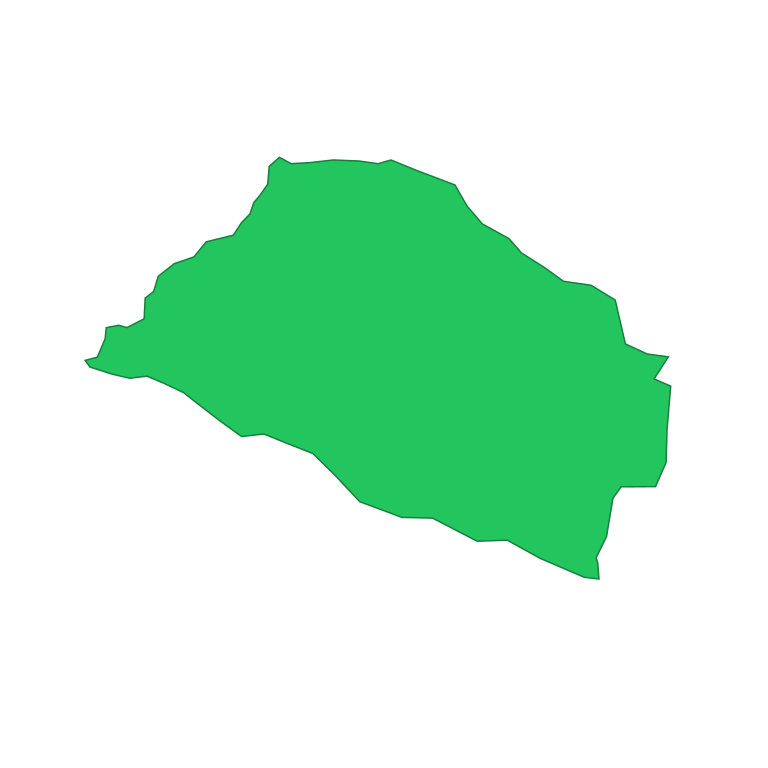 Ayia Marina Kelokedharon, Paphos, Cyprus (Mercator projection), rotated 74°
{"feature_id": "46923920B72864287320521", "entity_name": "Ayia Marina Kelokedharon", "entity_type": "district", "adm_level": 2, "iso_a3": "CYP", "parent_name": "Cyprus", "parent_adm1": "Paphos", "projection": "mercator", "projection_center": [32.613, 34.821], "detail": "fine", "context": "isolated", "style": "filled", "palette": "green", "viewbox_px": 768, "rotation_deg": 74, "n_neighbors": 0, "source": "geoboundaries", "source_scale": "gbopen_adm2", "svg_char_len": 1058}
<svg xmlns="http://www.w3.org/2000/svg" viewBox="0 0 768 768"><g transform="rotate(74 384 384)"><path d="M278.9,664.8L286.7,661.9L299.5,642.8L308.4,626.8L311.1,609.7L320.1,598.6L322.7,595.3L337.1,579.0L352.2,568.1L375.0,551.3L395.2,535.4L399.0,513.2L414.5,493.4L431.2,471.6L457.9,456.4L490.5,439.7L517.2,403.5L526.3,374.3L560.8,337.8L568.1,308.6L594.7,281.9L625.0,244.8L630.7,231.1L615.2,227.9L609.4,227.9L592.1,212.2L556.9,195.4L548.2,184.4L557.5,151.3L543.1,139.4L537.3,134.5L506.1,124.6L465.1,109.0L453.6,122.9L436.3,103.2L427.6,122.9L412.0,140.9L367.0,138.6L346.2,157.7L334.7,183.2L316.2,197.7L296.0,215.7L278.7,223.8L257.3,245.3L235.9,255.1L212.3,260.9L188.0,293.4L170.6,315.5L170.6,329.0L162.8,346.4L154.7,370.9L150.6,395.1L146.6,412.5L137.3,422.1L143.2,434.4L159.9,440.7L168.0,450.7L173.9,459.3L183.5,465.9L189.8,476.7L199.4,487.8L198.3,515.7L209.4,531.6L210.5,552.4L218.2,571.3L231.5,579.9L235.6,589.9L255.2,596.6L258.9,615.5L254.4,622.9L253.3,635.5L263.7,639.6L279.2,652.2L278.9,664.8Z" fill="#22c55e" stroke="#15803d" stroke-width="1.5"/></g></svg>